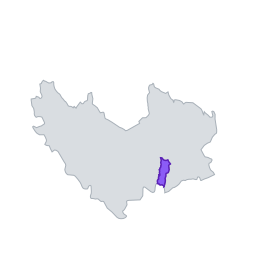 Koubia, Mali, Guinea (highlighted), rotated 151°
{"feature_id": "49546643B77076064318361", "entity_name": "Koubia", "entity_type": "district", "adm_level": 2, "iso_a3": "GIN", "parent_name": "Guinea", "parent_adm1": "Mali", "projection": "equal_earth", "projection_center": [-11.645, 11.768], "detail": "fine", "context": "in_parent", "style": "filled", "palette": "violet", "viewbox_px": 256, "rotation_deg": 151, "n_neighbors": 0, "source": "geoboundaries", "source_scale": "gbopen_adm2", "svg_char_len": 5690}
<svg xmlns="http://www.w3.org/2000/svg" viewBox="0 0 256 256"><g transform="rotate(151 128 128)"><path d="M152.3,172.1L150.6,171.8L149.8,172.2L147.5,175.8L146.1,177.2L144.0,176.8L143.2,177.1L142.6,176.6L143.4,174.7L144.5,170.7L147.3,166.8L147.4,165.9L146.2,163.6L145.0,160.5L145.0,157.1L144.8,154.7L142.3,154.0L141.8,153.6L141.7,152.8L143.1,148.5L143.3,147.7L143.1,146.9L141.5,144.8L139.2,140.8L135.0,132.6L133.5,130.9L132.0,128.4L131.5,126.8L129.9,126.3L115.6,126.4L115.3,128.5L110.4,129.9L107.3,128.3L104.0,129.2L102.3,130.3L101.0,135.1L100.3,136.1L99.6,138.3L98.9,139.4L98.2,141.8L96.6,145.1L94.9,147.3L92.0,148.5L91.1,152.0L90.4,153.3L89.3,154.4L88.1,155.0L85.8,154.3L84.5,155.0L84.2,154.1L85.0,151.3L84.4,149.8L82.1,146.9L81.9,145.5L81.2,143.7L78.3,140.0L75.5,140.2L76.3,137.1L76.3,132.9L75.3,130.7L75.6,128.3L75.1,128.5L74.1,130.1L72.6,129.6L69.6,127.1L68.1,124.7L67.9,122.7L67.6,121.9L66.7,122.3L64.8,122.3L59.0,118.6L54.9,109.5L54.8,107.4L55.4,103.9L55.3,102.9L53.4,105.3L53.1,103.7L51.6,100.1L51.2,97.9L49.9,97.0L48.7,96.8L47.9,97.5L46.7,101.8L45.9,101.8L45.0,100.9L45.2,97.7L47.5,93.7L51.2,83.6L52.5,81.3L53.4,80.5L55.1,80.4L58.6,79.1L62.8,75.9L66.0,76.2L69.8,75.8L74.7,73.6L74.8,66.9L74.6,65.4L72.9,64.0L71.9,62.9L71.0,61.4L69.9,60.3L70.0,59.2L72.2,57.7L74.2,57.8L74.8,57.2L75.3,56.2L75.9,53.8L76.1,51.2L74.8,47.8L74.9,45.3L82.1,45.7L86.1,46.4L89.4,46.6L89.9,47.1L89.4,49.5L89.8,50.9L90.9,51.3L92.8,49.6L93.7,50.0L95.8,52.0L97.6,52.6L99.7,53.7L101.7,54.3L103.4,54.3L104.7,55.4L107.1,55.8L110.2,54.3L112.7,53.7L116.1,53.5L117.9,54.0L123.2,52.8L127.3,53.5L126.7,54.3L124.8,59.7L125.0,60.6L129.2,65.2L130.2,65.5L131.3,64.9L133.1,62.8L134.6,60.5L135.9,59.4L137.5,59.5L138.8,61.1L141.8,67.9L142.6,68.7L143.3,68.7L144.6,67.4L145.3,66.0L148.0,61.5L152.3,59.3L162.5,64.4L164.0,64.8L164.9,64.4L166.1,61.3L170.0,58.8L171.8,58.0L172.9,58.0L173.3,57.1L173.4,55.9L173.2,54.6L172.0,52.3L172.0,51.6L172.7,51.2L174.1,50.9L176.0,51.1L178.2,52.1L179.9,53.5L180.9,55.2L182.8,62.4L185.0,68.0L184.9,75.5L185.9,76.3L186.9,76.6L187.4,77.2L188.5,80.3L189.5,81.2L190.6,81.4L192.9,83.4L194.3,84.2L194.5,84.8L194.4,85.6L193.9,86.7L191.8,88.7L190.7,90.5L188.6,94.8L188.5,95.6L189.0,96.2L189.9,96.3L190.8,96.0L192.8,94.4L194.4,95.0L195.9,96.2L196.5,97.4L196.6,99.0L196.3,101.1L196.2,103.5L196.7,107.5L197.5,111.4L198.3,112.9L203.4,116.4L203.9,117.7L204.1,119.2L203.8,121.2L203.3,122.4L200.5,125.5L200.1,127.0L200.3,129.7L200.6,141.4L201.7,143.4L203.0,144.4L206.0,143.9L205.9,147.1L205.5,150.7L207.3,151.9L208.2,153.0L208.7,154.0L205.9,155.9L205.1,157.1L204.7,160.1L204.8,162.9L208.6,164.9L210.1,167.3L210.7,169.7L211.0,174.4L210.6,175.4L209.7,175.4L207.8,172.6L204.8,172.3L202.7,171.8L199.0,172.2L198.4,173.0L198.0,179.1L198.9,180.2L200.6,181.3L201.8,181.8L202.7,181.7L203.4,182.4L203.6,184.4L203.1,185.9L202.2,187.3L201.0,190.8L201.2,194.1L199.2,199.3L198.6,200.3L195.9,199.3L194.2,198.9L192.9,200.2L191.1,198.2L190.8,196.6L190.1,196.3L189.0,196.3L187.9,197.2L187.4,198.8L187.2,202.2L185.2,205.3L183.8,209.2L182.2,208.9L181.8,209.4L180.1,210.4L178.7,210.7L178.3,209.6L177.4,208.8L176.4,207.1L175.4,205.7L173.3,204.8L172.5,205.2L171.5,205.1L170.8,204.6L170.9,203.8L172.0,201.7L172.6,199.8L173.0,197.8L172.9,195.8L172.4,193.1L171.4,190.9L171.2,189.6L171.3,187.8L171.1,186.1L170.8,185.2L170.3,182.1L169.8,181.5L169.5,178.9L169.5,176.3L168.7,175.3L167.5,174.6L166.7,173.6L166.3,172.4L165.8,172.1L165.4,172.2L165.1,172.9L164.6,173.0L163.9,170.6L163.6,170.5L163.1,171.1L157.2,173.8L156.5,171.5L155.3,171.0L153.4,172.0L152.3,172.1Z" fill="#d9dde1" stroke="#a8b0b8" stroke-width="1"/><path d="M129.2,65.2L128.1,64.0L127.9,63.9L128.0,63.3L127.7,62.7L127.4,62.4L127.1,62.4L126.8,62.3L126.3,62.1L126.2,62.0L125.6,61.6L125.4,61.2L125.2,60.8L125.0,60.3L124.9,60.1L125.0,59.8L124.9,59.3L125.0,59.2L124.9,59.2L124.8,59.3L124.7,59.3L124.6,59.5L124.4,59.7L124.3,59.8L124.2,60.0L123.9,60.3L123.7,60.5L123.4,60.8L123.1,61.0L123.0,61.3L122.9,61.3L122.8,61.5L122.7,61.5L122.5,61.8L122.4,61.8L122.2,62.0L122.0,62.3L121.9,62.4L121.8,62.5L121.7,62.6L121.6,62.8L121.4,63.1L121.2,63.3L121.1,63.5L120.9,63.8L120.8,64.0L120.7,64.1L120.6,64.3L120.5,64.5L120.4,64.8L120.3,65.0L120.2,65.3L120.2,65.5L120.0,65.9L119.5,66.3L118.9,67.0L118.7,67.1L118.4,67.3L118.1,67.6L117.8,68.2L117.5,68.8L116.8,69.7L116.7,69.8L116.1,69.7L115.6,69.6L115.0,69.5L114.3,69.6L113.7,70.2L113.2,70.5L112.7,71.1L112.2,71.5L111.9,72.2L111.6,73.3L111.4,73.3L111.1,74.2L110.8,75.1L110.5,75.6L109.9,75.8L109.2,75.9L108.7,75.9L108.3,76.0L108.3,76.5L108.6,77.7L108.7,78.6L108.7,79.5L108.6,80.1L108.6,80.5L108.6,80.8L109.2,80.9L109.9,81.0L110.7,81.3L111.3,81.8L111.7,82.1L112.0,82.4L112.2,82.7L112.3,82.9L112.4,83.2L112.6,83.8L112.6,84.1L112.7,85.1L113.0,85.5L113.4,85.9L113.9,86.2L114.0,85.9L114.1,85.5L114.3,84.6L114.4,84.0L114.6,83.9L114.8,83.3L115.4,82.7L116.1,82.0L116.3,81.4L116.5,80.6L116.8,79.9L116.9,79.6L117.7,79.1L118.0,78.3L118.3,78.0L118.6,77.8L118.9,77.7L119.2,77.6L119.3,77.6L119.8,77.2L119.9,76.9L120.0,76.7L120.3,76.5L120.5,76.4L120.8,76.3L121.0,76.3L121.0,76.2L121.0,75.9L121.1,75.2L121.2,74.9L121.6,74.5L122.1,73.9L122.4,72.9L122.5,72.3L122.9,71.6L123.0,71.4L123.2,71.5L123.4,71.7L123.8,72.1L123.9,71.9L124.0,71.7L124.1,71.4L124.2,71.2L124.3,70.9L124.4,70.7L124.5,70.7L124.8,70.6L125.0,70.4L125.2,70.2L125.3,70.0L125.3,69.9L125.4,69.7L125.5,69.5L125.6,69.4L125.7,69.1L125.8,69.0L125.8,68.8L125.9,68.7L126.0,68.5L126.2,68.4L126.3,68.4L126.5,68.4L126.6,68.5L126.8,68.4L127.0,68.3L127.2,68.2L127.3,68.1L127.5,68.0L127.6,67.9L127.8,67.7L128.0,67.5L128.1,67.3L128.2,67.1L128.3,66.9L128.3,66.7L128.4,66.4L128.4,66.2L128.5,66.1L128.7,65.8L128.7,65.7L128.8,65.6L129.1,65.4L129.2,65.2L129.2,65.2Z" fill="#8b5cf6" stroke="#5b21b6" stroke-width="1.5"/></g></svg>